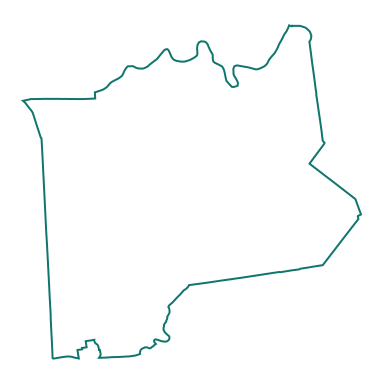 the district of Padureni, Timis, Romania
{"feature_id": "2599482B54341741042222", "entity_name": "Padureni", "entity_type": "district", "adm_level": 2, "iso_a3": "ROU", "parent_name": "Romania", "parent_adm1": "Timis", "projection": "albers", "projection_center": [21.238, 45.614], "detail": "fine", "context": "isolated", "style": "outline", "palette": "teal", "viewbox_px": 384, "rotation_deg": 0, "n_neighbors": 0, "source": "geoboundaries", "source_scale": "gbopen_adm2", "svg_char_len": 4397}
<svg xmlns="http://www.w3.org/2000/svg" viewBox="0 0 384 384"><path d="M172.6,302.4L177.0,297.6L180.3,294.3L183.8,290.3L184.6,289.8L185.9,289.0L187.2,287.8L188.1,286.7L189.1,285.1L207.8,282.6L218.3,281.0L241.7,277.7L258.8,275.1L272.4,273.0L279.2,272.0L280.4,272.2L292.1,270.3L299.2,269.4L300.0,268.8L322.8,265.1L346.5,234.3L358.4,219.0L357.8,216.4L358.0,215.9L361.0,214.5L355.4,199.1L346.8,192.4L333.6,182.2L325.6,176.1L309.5,163.7L309.7,163.4L323.2,145.2L324.3,143.7L324.5,142.6L323.3,141.6L323.0,141.1L322.7,140.4L322.5,139.1L321.5,130.6L320.1,120.7L318.6,110.6L317.6,103.5L317.0,99.4L316.2,94.4L316.4,93.8L315.6,88.6L314.5,79.8L314.1,77.0L313.3,70.9L312.7,66.9L311.9,61.0L311.1,54.4L309.4,41.6L310.0,40.8L310.7,39.4L311.1,38.4L311.2,37.0L311.3,35.3L310.8,34.2L310.3,32.6L309.4,31.1L308.5,30.2L305.9,27.9L304.3,27.2L303.2,26.9L302.0,26.4L301.2,26.3L300.3,26.0L300.2,25.9L296.2,25.9L291.8,25.8L291.8,26.2L291.1,26.2L289.1,25.4L288.2,27.9L286.4,31.5L284.4,34.2L282.4,38.3L280.7,41.5L279.1,44.2L277.6,47.9L276.2,50.5L274.5,53.4L272.6,55.4L270.8,57.5L269.1,59.8L267.1,63.7L264.7,66.1L260.8,68.1L257.8,69.2L255.9,69.4L248.5,67.4L243.2,66.5L239.8,65.9L237.4,65.4L235.8,65.7L234.4,66.3L233.9,67.4L233.3,69.1L233.5,71.7L233.5,74.0L234.2,75.8L235.7,78.2L236.8,80.2L237.8,82.4L237.9,83.9L237.6,85.7L235.8,86.4L233.6,87.0L231.8,86.8L230.5,85.4L227.9,82.6L226.4,80.7L225.8,78.5L224.9,73.8L224.2,70.7L223.4,68.6L222.1,66.5L220.3,65.5L218.5,64.5L215.9,63.3L214.4,62.5L213.4,61.5L212.8,59.4L212.7,56.8L212.7,55.2L212.7,54.7L212.4,54.1L210.3,50.6L209.7,49.2L208.6,46.9L207.8,44.7L206.6,43.0L205.3,41.8L204.2,41.6L201.1,41.3L198.8,42.5L197.4,45.3L197.1,48.9L197.4,52.3L197.3,54.6L196.7,55.8L194.2,57.7L190.1,59.9L185.2,61.5L182.3,61.7L179.3,61.4L176.0,60.7L174.1,59.8L173.1,59.1L171.7,57.2L170.5,54.5L168.7,50.5L167.5,49.2L165.8,49.3L164.0,50.4L162.2,52.6L157.0,59.0L154.2,61.1L150.4,64.0L147.4,66.7L143.5,68.5L141.0,68.6L138.0,68.4L135.9,67.7L133.1,66.2L127.9,66.3L126.7,67.3L124.5,70.6L123.8,72.3L123.0,74.0L122.1,75.8L118.7,78.3L113.7,80.9L111.5,82.1L109.6,83.8L108.0,85.8L106.6,87.3L103.3,89.5L99.2,91.0L94.9,92.3L95.2,98.5L89.3,98.8L82.2,99.1L71.4,99.0L60.2,98.9L58.2,98.9L42.2,98.9L32.9,99.1L31.4,99.0L23.0,100.8L25.0,102.5L28.7,107.3L31.5,110.8L32.6,112.5L33.1,113.9L35.6,121.7L36.7,125.2L40.8,137.7L41.5,138.4L42.1,148.6L42.7,160.7L44.6,198.8L45.8,223.6L46.4,234.8L47.0,244.5L47.7,258.0L48.8,279.2L49.8,299.2L50.7,315.2L50.7,318.6L51.4,332.8L52.0,343.7L52.6,358.2L53.5,358.6L55.9,358.2L57.5,357.9L60.0,357.5L61.1,357.3L64.6,356.8L65.7,356.7L66.7,356.6L67.4,356.4L69.6,356.6L71.3,356.7L72.1,356.8L73.0,357.2L73.5,357.2L74.1,357.5L75.7,357.9L77.1,358.1L77.6,358.1L77.9,358.2L78.3,358.4L78.5,358.5L78.8,358.5L78.0,353.6L77.5,350.0L82.2,349.3L82.0,348.0L86.6,347.3L85.7,341.2L90.9,340.4L94.3,339.8L94.2,340.5L94.4,341.2L94.8,342.4L95.1,342.8L95.7,343.5L96.7,344.1L97.3,344.6L97.7,345.1L98.2,346.1L98.4,346.7L98.6,347.7L98.8,348.5L98.9,349.3L99.0,349.9L99.5,349.8L99.9,349.9L100.0,350.7L100.2,351.6L100.5,353.1L100.6,354.3L100.3,355.9L99.0,357.8L101.0,357.8L109.4,357.4L111.0,357.2L112.4,357.1L115.0,357.1L120.7,356.9L125.1,356.6L127.1,356.5L129.2,356.4L131.4,356.1L132.6,355.9L133.4,355.9L136.1,355.3L138.0,354.7L140.1,353.9L139.9,353.3L140.0,352.5L140.1,351.6L140.4,350.8L140.7,350.0L141.2,349.4L142.1,348.7L142.5,348.5L143.2,348.2L144.1,347.8L144.6,347.5L145.1,347.4L145.6,347.3L146.1,347.3L146.6,347.3L147.2,347.4L148.2,347.8L149.2,348.3L149.4,348.4L150.2,348.3L150.9,347.9L151.5,347.4L152.1,346.9L153.5,346.0L154.5,344.9L155.9,344.0L154.8,342.7L154.2,341.8L154.1,341.3L154.1,340.7L154.2,340.3L154.6,339.7L155.3,339.4L155.9,339.4L157.6,339.8L158.2,340.0L159.0,340.3L160.6,340.9L162.1,341.3L164.3,341.6L165.0,341.7L166.2,341.5L166.9,341.4L167.8,340.8L168.4,340.3L169.1,339.4L169.4,338.7L169.4,338.0L169.4,337.6L169.3,337.0L169.3,336.5L168.9,336.0L167.9,335.2L167.1,334.5L166.6,334.0L165.9,333.4L165.6,333.1L165.3,332.8L164.9,332.3L164.6,331.8L164.1,330.9L163.6,329.9L163.5,328.6L163.5,328.0L163.7,327.2L163.9,326.7L164.0,326.2L164.0,325.5L164.0,324.9L164.2,324.5L164.5,323.9L165.0,323.1L165.7,322.3L166.2,321.7L166.2,321.3L166.2,320.7L166.5,320.2L166.9,319.4L167.2,318.6L167.3,317.5L167.3,316.5L168.5,314.7L169.4,312.9L169.6,311.9L169.5,310.8L169.4,309.6L169.2,308.7L168.7,307.3L168.4,307.1L168.5,306.4L168.8,305.8L169.7,304.9L170.8,303.9L172.6,302.4Z" fill="none" stroke="#0f766e" stroke-width="2"/></svg>